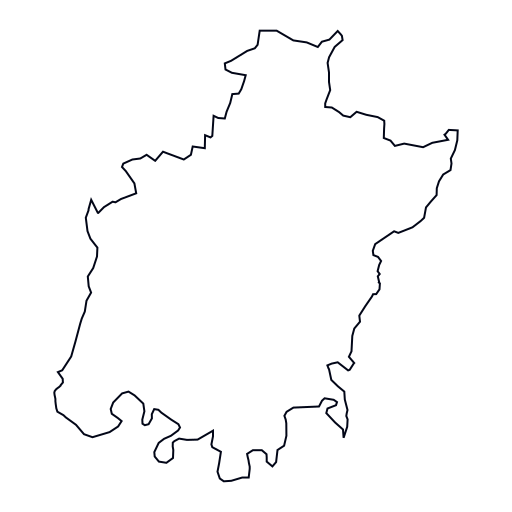 Mandalay, Mandalay, Myanmar
{"feature_id": "60261553B2723221956862", "entity_name": "Mandalay", "entity_type": "district", "adm_level": 2, "iso_a3": "MMR", "parent_name": "Myanmar", "parent_adm1": "Mandalay", "projection": "albers", "projection_center": [96.164, 21.97], "detail": "fine", "context": "isolated", "style": "outline", "palette": "ink", "viewbox_px": 512, "rotation_deg": 0, "n_neighbors": 0, "source": "geoboundaries", "source_scale": "gbopen_adm2", "svg_char_len": 3313}
<svg xmlns="http://www.w3.org/2000/svg" viewBox="0 0 512 512"><path d="M343.6,437.8L347.2,426.8L347.6,419.4L346.3,416.0L346.7,413.4L347.5,410.0L344.8,399.5L344.3,391.6L337.9,386.3L331.3,379.9L329.0,369.1L328.6,368.6L327.4,365.4L331.7,363.6L337.7,362.3L348.1,370.4L349.7,369.8L353.8,363.4L354.2,363.0L348.9,356.8L351.5,351.3L352.3,335.9L354.3,328.5L360.0,321.7L359.3,315.7L359.6,315.1L365.4,306.0L371.9,296.6L373.1,294.2L376.2,294.1L379.5,289.3L379.9,283.4L378.8,282.5L379.1,281.9L377.8,276.3L379.7,274.0L377.6,271.2L379.2,264.9L381.1,261.0L378.0,256.9L373.4,255.1L372.8,250.8L375.2,244.1L394.1,231.3L398.3,232.9L412.5,227.3L420.8,220.9L424.1,217.8L426.0,207.4L430.9,201.5L436.6,195.1L436.8,188.2L439.0,181.3L443.2,174.5L450.5,170.1L451.5,163.5L450.8,158.6L454.9,150.1L457.3,140.3L457.7,130.4L448.8,129.9L445.7,133.8L444.5,134.7L448.1,139.8L432.3,142.8L423.1,147.2L404.2,143.6L394.9,145.9L390.5,140.6L383.8,138.0L384.1,128.6L384.4,124.0L384.2,120.7L377.7,117.1L366.3,114.8L356.6,111.8L350.3,117.2L343.2,115.6L339.1,112.1L331.8,107.5L325.2,107.0L325.2,103.4L326.6,99.4L330.2,90.1L329.0,82.0L329.0,72.5L327.6,62.9L329.1,57.2L334.7,46.9L342.6,40.1L341.9,35.8L340.8,34.4L337.7,31.0L329.4,39.6L321.9,41.7L317.8,47.0L306.7,42.4L293.3,40.4L276.7,30.7L259.7,30.7L257.6,44.8L254.8,48.3L247.2,50.9L231.1,60.8L224.8,63.4L225.5,69.5L231.9,72.8L245.7,75.2L244.1,81.1L241.3,89.2L238.7,93.6L232.3,94.1L231.6,97.2L230.2,103.0L226.6,111.7L224.8,118.5L218.2,118.0L213.6,115.8L212.3,135.9L210.5,137.4L205.1,135.2L204.8,148.2L192.7,146.5L190.9,154.8L183.8,159.5L166.9,153.2L163.0,151.7L155.2,160.8L155.0,160.7L146.6,154.8L140.3,158.5L132.4,159.5L123.3,163.6L122.0,167.0L125.8,171.1L134.4,183.4L136.2,193.3L121.0,199.0L115.5,202.3L112.6,201.7L104.0,207.1L98.3,212.9L97.8,212.8L91.2,199.8L88.6,209.0L88.5,210.4L85.8,217.7L87.5,231.1L90.4,238.7L95.4,245.1L97.4,247.6L97.0,256.5L93.2,268.1L91.2,271.2L87.8,276.5L88.7,286.3L88.8,286.6L91.1,292.6L86.5,300.7L84.8,311.6L81.8,318.5L80.2,323.7L75.4,341.7L71.2,356.5L62.2,370.3L57.9,372.1L62.7,378.8L62.9,382.5L60.7,385.1L60.6,385.6L59.0,387.1L57.7,388.0L56.1,389.3L54.7,391.1L54.3,392.7L54.6,395.1L55.0,396.9L55.4,398.9L55.4,401.3L55.7,404.0L56.0,406.1L56.3,408.3L57.4,411.7L63.5,415.2L65.8,417.4L76.0,424.8L84.0,434.2L92.5,437.2L109.6,432.1L118.1,426.5L121.6,421.1L117.8,418.0L111.8,413.8L110.7,409.0L113.2,402.5L122.1,393.4L128.5,391.6L134.6,395.4L143.3,403.6L144.4,411.3L142.3,419.6L142.5,423.7L144.8,425.2L148.6,424.2L151.9,418.4L151.8,414.2L154.2,409.1L158.4,409.8L161.3,412.6L171.3,419.7L178.4,424.2L180.0,427.5L178.1,430.5L170.9,435.8L164.1,438.8L158.7,442.9L154.3,452.1L154.7,456.5L158.9,461.6L166.4,462.8L173.0,458.0L173.3,450.0L172.7,446.4L172.8,442.6L174.4,441.1L179.1,438.6L187.0,439.9L197.6,439.6L213.0,430.7L213.0,436.3L211.4,444.4L212.3,447.2L220.9,451.8L219.1,463.4L217.5,471.7L219.8,478.5L223.8,481.3L231.3,480.8L242.3,477.5L248.7,477.5L249.7,469.0L249.7,466.6L248.9,462.9L248.5,460.2L247.7,457.0L247.1,453.9L252.9,450.2L261.8,450.2L266.5,454.2L266.7,457.4L266.7,461.6L272.4,466.4L276.1,462.1L277.5,450.0L284.1,445.7L286.4,435.8L286.3,423.3L285.7,419.6L284.4,415.8L286.6,411.8L293.4,407.6L319.0,406.5L322.0,400.7L324.6,398.3L333.7,399.8L337.0,402.1L336.0,405.2L327.5,408.5L326.3,413.1L335.1,422.5L343.0,429.5L343.6,437.8Z" fill="none" stroke="#020617" stroke-width="2"/></svg>